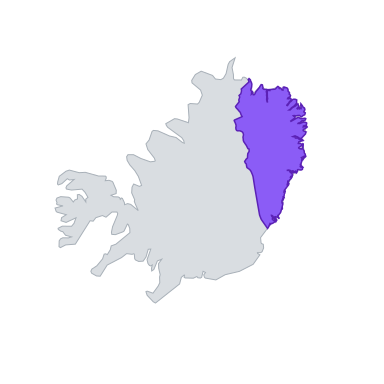 where Austurland sits in Iceland, rotated 325°
{"feature_id": "ISL-695", "entity_name": "Austurland", "entity_type": "Region", "adm_level": 1, "iso_a3": "ISL", "parent_name": "Iceland", "parent_adm1": "", "projection": "mercator", "projection_center": [-15.126, 64.88], "detail": "fine", "context": "in_parent", "style": "filled", "palette": "violet", "viewbox_px": 384, "rotation_deg": 325, "n_neighbors": 0, "source": "natural_earth", "source_scale": "10m", "svg_char_len": 9744}
<svg xmlns="http://www.w3.org/2000/svg" viewBox="0 0 384 384"><g transform="rotate(325 192 192)"><path d="M280.1,116.5L283.0,116.8L287.8,114.6L294.8,108.2L297.7,106.8L304.3,106.8L296.2,113.0L293.2,119.7L291.0,123.0L291.0,124.5L296.7,128.6L299.4,127.2L300.6,127.8L301.7,129.7L302.5,133.5L302.0,137.4L300.3,141.4L298.1,144.7L298.4,145.7L300.2,146.2L309.5,144.3L310.6,149.1L311.4,150.7L311.2,152.3L307.5,157.4L311.8,154.2L315.3,153.3L321.2,154.9L323.6,156.8L325.0,160.0L328.0,159.0L329.3,160.9L329.4,162.9L328.1,168.3L324.5,171.0L326.6,174.9L328.4,175.0L328.7,175.9L328.5,178.2L325.8,180.9L330.3,183.9L330.8,185.1L330.6,188.5L329.8,190.4L328.5,191.6L325.3,191.8L323.3,193.0L324.0,195.2L323.3,200.9L320.8,205.7L318.4,208.2L316.1,209.8L309.7,208.0L310.0,212.0L307.7,214.5L308.1,216.6L308.9,217.6L308.5,220.3L305.6,225.8L303.5,227.6L299.4,229.7L293.4,234.7L287.5,234.6L272.7,241.7L266.9,245.5L256.5,256.9L252.1,259.8L244.6,261.3L222.0,268.7L219.5,273.1L219.3,274.0L220.4,275.7L218.6,278.9L215.2,281.1L213.6,281.1L210.8,279.2L210.5,280.1L211.6,282.4L200.6,286.3L185.3,284.2L171.8,278.8L161.1,277.7L153.5,270.1L153.3,268.9L154.1,266.6L156.9,265.7L155.6,263.3L151.0,267.4L149.5,267.3L147.6,265.6L147.5,264.0L143.7,263.4L137.1,258.5L136.6,257.4L138.2,255.8L137.9,255.5L134.3,255.8L129.1,260.2L98.4,262.0L97.3,259.7L96.0,250.9L97.1,247.2L98.4,247.5L102.0,252.5L110.2,249.7L113.6,247.8L116.7,243.0L118.5,241.5L121.0,235.3L123.5,231.5L128.7,229.7L124.1,228.6L116.3,233.6L113.7,233.6L114.9,231.4L117.6,229.0L115.7,228.8L115.0,227.7L114.9,225.4L116.3,221.7L125.5,215.1L123.3,213.8L117.0,218.9L112.3,220.6L108.5,218.3L106.7,215.2L106.8,213.8L109.1,209.8L108.7,209.1L107.2,208.7L103.1,205.0L96.6,205.3L80.6,203.2L68.5,208.3L65.6,206.0L63.2,200.9L63.7,198.9L65.8,197.7L71.7,197.9L80.4,195.5L84.4,192.5L85.9,193.2L86.7,194.7L92.0,192.4L94.9,189.8L99.7,191.1L117.8,189.7L120.1,186.2L121.1,182.1L120.7,181.2L114.0,185.0L112.5,185.0L104.8,183.0L102.0,180.7L102.9,178.8L107.0,174.9L117.4,168.3L118.9,166.9L119.0,165.3L114.9,162.5L107.1,163.3L105.1,159.9L98.6,157.9L94.3,159.2L92.0,157.1L66.5,167.8L58.2,162.9L52.3,162.1L51.7,160.5L55.2,155.8L57.5,155.0L59.9,155.4L64.4,158.7L67.6,159.7L63.6,154.9L63.4,150.3L62.2,149.1L61.0,146.0L61.5,144.9L66.2,145.6L73.7,151.0L77.4,150.0L82.2,146.6L71.4,144.7L68.2,140.4L70.5,138.2L76.0,138.5L69.9,131.1L69.6,129.9L70.6,126.6L78.4,129.4L74.3,125.1L74.2,124.1L75.3,123.3L76.0,120.6L77.9,119.5L81.8,120.5L87.9,125.5L88.7,127.0L89.0,132.1L91.3,131.3L94.2,132.0L96.5,128.5L98.2,129.3L99.4,132.4L99.3,139.3L100.9,136.9L103.7,136.7L104.2,131.1L103.6,126.6L94.4,121.3L90.8,117.5L91.2,116.2L93.0,115.1L102.6,114.1L98.5,111.9L97.5,109.6L90.2,110.5L86.5,109.5L86.4,108.3L87.9,106.6L92.3,103.0L100.7,102.7L104.1,103.7L110.7,111.5L115.9,114.7L124.6,125.3L130.2,129.3L130.4,130.4L129.5,131.6L127.4,133.0L130.7,134.8L132.7,137.5L132.8,138.7L131.0,147.1L128.9,149.8L123.8,148.2L125.0,150.9L128.7,153.7L129.5,155.3L129.0,156.9L130.7,156.4L131.3,157.3L130.5,162.0L129.5,163.7L132.6,164.6L134.7,167.0L137.3,176.4L138.7,169.2L139.4,166.5L140.6,165.5L142.1,158.1L145.6,153.7L148.8,152.0L152.1,157.2L154.5,157.7L157.0,148.5L157.4,141.7L156.6,134.2L157.0,128.9L158.7,125.6L160.9,124.7L165.5,127.9L169.4,135.3L175.2,143.4L179.2,145.5L179.9,145.2L180.6,142.6L180.1,131.9L181.9,126.2L186.7,124.8L194.0,119.5L195.7,119.4L199.2,122.4L205.7,133.2L210.2,138.2L212.6,146.1L213.7,147.6L214.7,145.1L214.8,141.6L209.2,125.1L209.2,122.8L209.7,121.0L219.7,121.9L221.9,123.8L228.8,133.2L232.2,129.4L238.9,118.2L241.3,118.5L247.0,123.1L249.3,122.7L256.0,118.6L257.5,113.4L254.6,102.6L255.8,100.4L262.1,97.7L268.8,98.3L275.7,108.3L276.0,112.9L280.1,116.5Z" fill="#d9dde1" stroke="#a8b0b8" stroke-width="1"/><path d="M303.8,131.8L304.1,133.2L304.1,133.9L303.6,134.8L303.6,136.0L302.9,138.0L301.0,140.3L299.1,141.7L298.5,142.5L298.6,143.6L298.1,144.5L296.8,145.9L297.5,145.8L298.2,145.3L299.4,143.7L299.0,145.0L298.3,146.4L298.0,147.5L298.9,148.0L299.8,147.7L301.8,146.5L307.3,145.0L309.3,144.0L310.3,143.7L311.1,144.6L310.0,147.2L309.4,147.8L309.5,148.4L309.9,149.3L312.1,150.8L312.5,151.4L311.2,151.8L310.4,152.4L309.8,154.0L308.5,155.6L307.9,156.9L306.0,159.3L305.3,161.0L305.2,162.0L305.5,161.5L306.1,160.2L307.5,158.9L308.2,157.4L311.4,152.7L311.9,152.3L312.6,152.4L314.6,154.0L313.5,152.6L313.2,151.9L318.8,155.3L319.6,155.4L322.4,154.7L322.8,154.7L323.1,155.0L323.3,155.8L323.4,156.4L323.2,156.8L322.9,156.9L322.9,157.3L323.7,157.3L324.0,157.4L324.3,157.8L324.3,158.2L324.1,159.5L324.5,160.3L325.0,160.7L326.2,159.0L326.8,158.5L327.6,158.7L327.7,158.9L327.8,159.9L328.5,159.9L329.5,161.2L329.6,162.6L329.2,163.4L328.5,164.6L328.8,166.1L328.8,166.6L327.8,167.5L328.1,167.9L328.0,169.6L327.1,170.2L324.8,169.9L323.8,170.4L324.4,171.0L326.4,171.7L326.5,172.7L325.9,173.4L325.1,173.8L323.8,173.8L322.2,174.6L320.0,175.0L319.4,175.5L319.8,176.0L323.8,174.5L325.1,174.6L327.5,174.0L328.3,174.2L329.6,175.1L330.2,175.8L330.6,176.8L330.0,177.2L329.0,178.9L328.4,179.3L325.2,180.1L321.7,180.1L320.3,180.5L318.7,180.5L319.5,181.1L322.4,180.5L326.4,180.9L328.1,180.5L329.1,180.5L329.4,180.7L329.2,181.1L328.8,181.8L328.8,182.7L328.7,183.0L327.7,183.4L326.0,183.8L326.0,184.3L328.0,183.9L328.5,184.3L328.5,184.7L328.0,184.9L327.6,185.5L328.6,185.6L329.1,186.3L329.4,186.1L329.8,185.3L330.0,185.1L330.8,183.4L331.8,182.2L331.9,184.4L331.7,186.8L332.1,187.1L332.3,187.7L332.1,188.4L331.7,189.3L331.1,189.7L330.1,190.1L329.5,190.5L330.2,191.9L330.2,192.2L328.6,193.4L326.7,193.0L325.1,193.3L324.6,193.0L323.9,190.8L322.2,189.8L320.9,189.3L319.5,187.9L318.7,187.6L318.8,188.3L319.1,188.8L319.7,189.3L318.8,190.3L313.6,190.5L313.6,190.9L321.7,191.7L322.3,192.4L322.9,193.9L324.1,195.0L326.8,196.3L327.3,197.1L326.2,198.0L325.0,197.8L322.7,196.7L320.2,197.1L318.6,196.5L318.2,196.7L319.7,197.8L323.3,198.6L325.0,200.0L325.4,200.9L325.5,201.4L324.8,201.9L324.2,202.7L323.9,202.9L321.2,201.8L320.4,202.5L323.2,203.7L323.7,204.1L323.7,204.8L322.9,205.0L320.0,204.9L319.2,204.5L318.8,205.0L318.3,205.4L318.3,205.8L319.1,206.8L319.9,208.3L319.5,208.4L318.3,209.5L312.6,210.7L311.7,210.4L310.9,209.7L310.1,207.4L309.5,206.7L308.8,205.3L308.4,205.0L306.4,204.5L306.7,204.9L307.6,205.0L307.9,205.3L307.9,205.9L307.6,207.0L308.0,207.5L309.3,208.2L309.8,208.3L309.7,209.4L310.1,210.4L310.9,211.5L312.2,212.0L312.7,212.5L312.4,213.2L312.5,213.6L308.3,212.1L306.9,213.2L307.4,213.7L308.4,214.2L308.9,214.8L309.1,215.5L309.1,216.0L308.8,216.5L308.3,216.8L304.9,216.8L304.6,217.2L304.9,218.0L305.4,218.7L305.7,218.7L306.0,219.3L306.5,219.7L307.0,219.7L307.1,219.3L308.2,219.0L309.8,216.6L310.5,216.0L310.7,216.3L310.3,217.0L308.0,219.8L307.6,220.5L307.4,222.8L306.5,224.3L306.4,224.8L306.5,226.0L306.1,226.5L306.0,227.1L305.6,228.2L303.0,228.5L300.5,229.5L301.6,228.6L305.0,227.4L304.4,227.0L301.3,226.6L301.3,227.7L300.5,228.5L300.2,228.7L299.6,229.8L297.9,231.0L296.8,232.4L296.4,233.1L296.8,231.9L296.8,231.5L296.6,231.5L296.4,232.1L296.0,232.6L295.2,233.3L295.5,234.1L295.7,234.3L296.3,234.3L296.8,233.9L297.1,235.5L296.5,235.5L295.8,236.5L295.3,236.8L294.1,236.6L293.1,235.9L291.8,234.5L291.3,234.3L290.3,235.5L289.4,235.1L289.1,235.5L289.4,235.9L289.1,236.2L288.2,236.3L288.7,234.7L288.7,234.3L287.5,234.5L287.3,234.1L287.2,233.2L286.9,232.6L286.6,232.4L286.3,232.7L286.3,233.1L286.6,233.7L286.8,234.7L285.7,234.2L285.4,233.9L285.4,233.5L285.6,232.7L285.3,231.5L284.6,230.3L283.5,229.2L281.9,228.7L283.7,229.6L284.7,232.2L284.3,232.7L283.8,232.2L283.8,232.7L284.3,233.2L284.4,234.1L284.2,235.1L283.8,235.9L283.2,236.3L281.8,235.9L281.2,236.3L281.9,236.8L282.8,236.8L282.1,237.3L280.5,237.9L279.0,238.0L277.5,238.6L276.8,239.2L276.5,238.3L275.7,239.3L273.5,241.2L275.6,240.4L276.1,240.8L275.3,241.5L268.6,243.6L267.7,244.4L268.9,244.4L268.9,244.8L267.3,246.2L266.5,246.5L265.6,247.6L264.8,248.3L264.6,248.8L264.3,248.2L264.0,248.1L263.8,248.4L263.5,248.8L263.5,249.2L263.8,249.2L263.8,249.6L262.3,250.6L261.7,250.8L261.9,250.0L260.5,251.0L259.9,251.8L259.5,252.8L259.9,252.8L260.5,252.2L259.8,253.5L259.5,254.0L257.6,255.6L256.4,257.6L255.6,258.0L256.2,257.5L256.5,257.1L256.7,256.4L252.8,259.6L249.4,260.6L248.9,260.5L248.4,260.0L248.8,260.6L249.3,260.8L248.4,261.2L248.5,262.6L248.4,263.3L248.1,263.5L247.9,263.4L247.8,262.0L247.4,261.6L246.4,260.2L245.7,259.8L245.5,260.0L245.5,260.5L245.5,263.2L245.4,263.5L245.0,263.3L245.0,262.8L245.1,261.4L244.8,260.2L244.6,259.8L244.6,260.2L244.5,262.4L244.4,263.1L244.7,263.6L244.6,264.0L243.7,264.4L244.0,263.0L244.0,262.5L243.9,262.0L244.0,261.3L244.4,261.0L244.4,260.7L244.2,260.4L244.4,258.0L244.2,257.4L243.7,256.7L243.5,257.0L243.4,258.5L243.5,259.1L243.7,259.6L243.3,260.0L242.4,260.0L242.1,260.8L242.4,261.4L242.7,262.6L243.2,263.1L242.7,263.8L241.8,264.0L239.9,263.9L238.6,263.1L237.9,263.7L237.7,263.7L237.6,262.7L234.4,264.7L233.0,265.2L233.0,254.4L233.2,253.3L234.1,249.7L246.0,224.3L250.9,214.3L251.5,212.2L252.0,209.8L252.2,208.5L252.2,207.4L251.9,206.0L251.1,203.8L251.1,203.4L251.2,202.9L251.9,201.4L252.4,200.5L252.5,199.9L252.3,198.9L252.6,197.2L252.8,197.0L253.4,197.0L254.9,196.2L257.0,195.9L258.7,193.7L259.8,192.5L262.1,191.5L263.1,190.0L263.3,189.5L263.3,189.2L262.8,188.8L262.7,188.4L263.2,185.2L263.2,182.6L263.3,181.7L263.2,181.2L263.4,179.8L263.7,179.0L264.4,177.9L265.2,176.3L267.0,174.7L267.6,173.2L267.7,172.3L267.5,171.2L266.7,169.9L266.3,169.3L264.3,167.9L263.9,167.2L263.9,166.6L264.0,165.9L264.3,165.3L265.1,164.0L265.8,163.5L266.5,162.3L267.1,160.1L267.4,158.2L267.5,157.7L268.1,157.4L276.3,159.0L276.5,156.9L277.1,154.9L277.2,154.4L276.9,152.3L276.8,150.3L276.5,149.1L276.5,147.7L276.7,146.9L282.5,145.1L282.7,144.2L283.3,143.3L285.3,141.8L285.6,141.4L285.9,139.9L288.2,139.6L289.7,138.4L290.8,137.2L291.4,135.9L301.8,134.5L302.6,132.1L303.8,131.8Z" fill="#8b5cf6" stroke="#5b21b6" stroke-width="1.5"/></g></svg>